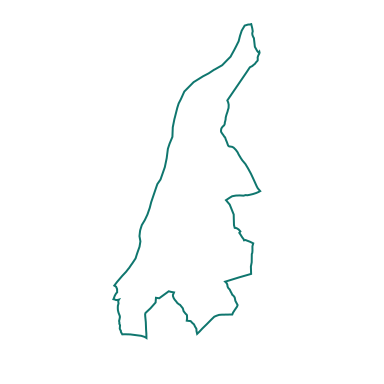 the district of Orsu, Imo, Nigeria, rotated 337°
{"feature_id": "59680162B44850901768514", "entity_name": "Orsu", "entity_type": "district", "adm_level": 2, "iso_a3": "NGA", "parent_name": "Nigeria", "parent_adm1": "Imo", "projection": "albers", "projection_center": [6.989, 5.858], "detail": "fine", "context": "isolated", "style": "outline", "palette": "teal", "viewbox_px": 384, "rotation_deg": 337, "n_neighbors": 0, "source": "geoboundaries", "source_scale": "gbopen_adm2", "svg_char_len": 3459}
<svg xmlns="http://www.w3.org/2000/svg" viewBox="0 0 384 384"><g transform="rotate(337 192 192)"><path d="M205.4,116.6L204.3,118.0L199.6,124.9L195.5,133.6L190.2,138.8L186.7,142.8L181.9,151.0L176.7,158.5L167.9,168.2L163.3,171.1L162.0,172.5L156.1,179.1L150.4,185.5L146.9,190.1L142.2,195.3L137.6,199.4L133.6,202.3L133.2,202.6L132.9,202.8L129.4,206.9L128.6,208.2L126.4,212.1L125.2,217.3L122.3,221.9L121.0,223.3L118.7,225.8L117.0,227.7L114.1,231.1L108.8,234.6L107.9,235.1L104.2,237.5L103.7,237.7L100.1,239.7L94.9,242.0L87.9,245.5L83.9,247.8L85.1,249.5L85.1,252.1L83.9,255.1L82.5,255.7L80.4,257.3L78.7,259.1L77.8,260.0L78.8,260.7L79.9,261.8L81.7,262.4L82.7,262.5L81.5,263.4L80.8,265.9L79.3,267.8L78.4,269.7L77.6,271.9L77.2,274.4L77.1,277.7L76.8,278.9L75.7,280.6L74.5,282.2L74.0,284.3L73.6,284.9L73.7,286.5L72.1,289.6L72.1,290.8L72.3,291.8L71.9,293.1L72.2,295.8L74.4,296.6L79.6,299.0L85.9,302.7L89.0,304.5L91.6,306.7L93.0,308.6L94.7,304.4L95.9,300.9L98.6,293.8L100.4,288.1L101.1,286.2L101.9,285.2L108.4,282.8L115.3,279.5L117.5,275.3L120.3,277.0L131.8,274.3L133.6,275.7L136.2,277.4L135.4,278.2L134.2,279.3L133.8,280.4L133.7,282.4L134.0,284.4L134.7,286.6L135.1,288.4L136.2,290.4L136.9,291.2L138.1,295.5L137.7,298.5L138.6,301.7L139.1,302.7L139.2,303.5L138.1,306.4L136.9,308.4L138.1,309.1L140.3,310.3L141.2,312.8L142.1,314.6L142.2,317.1L142.6,319.6L141.8,321.8L141.3,324.6L144.4,323.4L148.2,321.7L154.1,319.4L160.4,316.8L163.8,315.5L166.3,315.5L168.9,315.7L171.3,316.5L181.2,320.5L182.6,319.1L185.4,317.2L188.7,315.1L189.8,313.9L189.4,309.1L189.7,307.7L190.1,305.7L189.6,303.6L188.9,302.3L188.9,300.8L188.7,299.0L188.6,296.5L187.9,294.6L187.8,293.0L188.3,291.0L188.3,289.6L187.5,287.5L188.3,287.6L190.3,287.8L202.1,289.0L214.4,290.5L217.1,283.6L219.5,280.0L222.8,272.5L223.7,271.6L224.7,269.7L226.4,265.6L228.3,263.2L226.0,260.5L223.9,258.5L222.5,257.1L221.0,256.8L221.1,255.6L220.5,253.4L220.0,250.1L219.6,248.1L221.1,247.2L220.3,244.7L218.9,242.7L217.3,241.7L217.7,238.9L218.8,236.1L220.2,232.5L221.6,229.0L221.8,218.3L220.1,212.8L224.4,212.0L227.3,211.6L230.9,212.4L234.6,213.8L236.0,214.5L238.0,215.5L240.2,215.8L241.6,216.6L243.8,217.1L247.3,217.7L250.6,218.0L253.2,218.0L255.1,217.8L254.0,214.3L253.8,212.2L253.6,204.0L253.4,198.3L252.8,192.1L252.1,187.1L250.7,182.6L250.2,180.0L249.6,175.7L249.5,173.3L248.8,170.3L247.7,167.5L246.7,166.2L245.0,165.1L244.2,164.7L243.6,164.0L243.4,163.0L243.5,161.3L243.6,159.9L243.6,157.3L243.8,154.6L243.4,153.9L243.0,151.5L242.7,150.4L242.3,148.3L242.5,147.2L243.5,145.4L244.5,144.5L246.0,143.7L246.6,143.5L247.5,143.2L248.3,142.6L248.9,141.8L249.4,140.8L250.3,139.7L251.3,138.3L252.1,136.7L253.3,135.1L254.2,134.0L256.1,131.9L257.3,130.3L258.3,129.2L258.7,128.5L259.5,126.8L259.9,125.9L260.1,124.7L260.3,123.7L260.3,121.5L289.0,103.1L294.0,99.8L295.3,99.7L296.7,99.6L297.4,99.4L298.1,99.1L299.4,98.8L300.2,98.5L301.7,97.6L303.1,97.0L303.5,96.8L303.9,96.5L304.2,95.9L304.7,94.7L305.0,93.8L305.4,93.3L306.2,92.4L306.6,92.0L307.7,91.2L308.6,90.2L308.8,89.2L307.8,89.8L307.1,87.6L306.6,82.9L308.9,75.2L309.1,74.7L308.9,72.8L309.0,70.9L309.5,69.4L310.7,67.8L311.4,65.0L312.1,60.6L310.3,60.3L309.2,59.8L305.5,59.4L300.8,62.9L297.3,66.9L293.8,71.5L291.9,73.1L289.7,75.0L286.2,77.9L281.6,81.5L280.4,82.5L276.2,84.2L269.3,87.1L260.8,88.1L260.1,88.1L253.7,89.3L247.4,89.8L236.4,91.5L224.2,96.5L218.9,101.4L217.8,102.4L214.3,105.3L213.8,105.9L211.4,108.7L207.9,113.3L205.4,116.6Z" fill="none" stroke="#0f766e" stroke-width="2"/></g></svg>